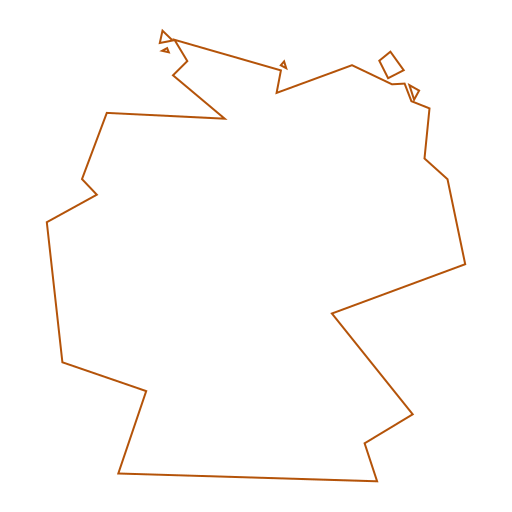 Germany, Natural Earth projection
{"feature_id": "DEU", "entity_name": "Germany", "entity_type": "country or territory", "adm_level": 0, "iso_a3": "DEU", "parent_name": "Europe", "parent_adm1": "", "projection": "natural_earth1", "projection_center": [10.44, 51.169], "detail": "coarse", "context": "isolated", "style": "outline", "palette": "amber", "viewbox_px": 512, "rotation_deg": 0, "n_neighbors": 0, "source": "natural_earth", "source_scale": "50m", "svg_char_len": 663}
<svg xmlns="http://www.w3.org/2000/svg" viewBox="0 0 512 512"><path d="M377.1,481.3L118.3,473.5L146.2,391.1L62.4,362.3L46.8,222.2L96.8,194.7L82.0,179.1L106.8,112.9L224.7,118.7L173.0,75.3L187.3,61.1L174.5,39.8L280.9,70.4L276.6,92.9L352.0,65.2L392.0,84.3L404.6,83.6L411.4,101.2L429.5,108.4L424.5,158.5L447.5,179.2L465.2,264.2L331.9,313.5L412.7,414.3L364.6,443.3L377.1,481.3ZM403.7,70.2L388.1,78.2L379.3,60.7L390.4,51.7L403.7,70.2ZM419.1,90.6L414.1,99.7L409.4,85.1L419.1,90.6ZM159.8,43.0L162.5,30.7L172.6,40.5L159.8,43.0ZM284.1,61.4L286.2,68.2L280.8,65.3L284.1,61.4ZM167.1,48.1L168.8,52.3L162.1,50.8L167.1,48.1Z" fill="none" stroke="#b45309" stroke-width="2"/></svg>